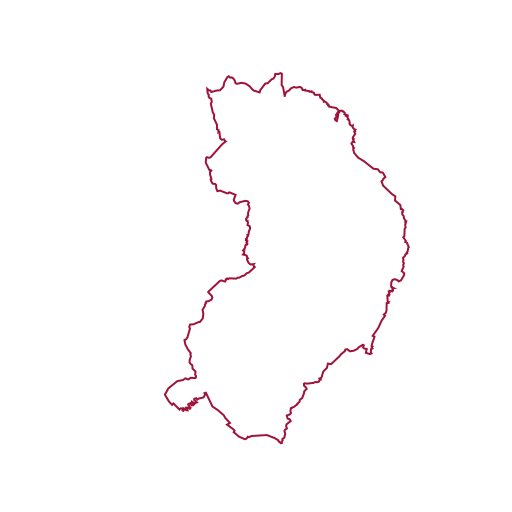 outline of Way Kanan, Lampung, Indonesia, rotated 139°
{"feature_id": "22746128B8708218473228", "entity_name": "Way Kanan", "entity_type": "district", "adm_level": 2, "iso_a3": "IDN", "parent_name": "Indonesia", "parent_adm1": "Lampung", "projection": "orthographic", "projection_center": [104.536, -4.573], "detail": "fine", "context": "isolated", "style": "outline", "palette": "rose", "viewbox_px": 512, "rotation_deg": 139, "n_neighbors": 0, "source": "geoboundaries", "source_scale": "gbopen_adm2", "svg_char_len": 6135}
<svg xmlns="http://www.w3.org/2000/svg" viewBox="0 0 512 512"><g transform="rotate(139 256 256)"><path d="M183.1,414.1L185.2,411.3L185.9,409.9L185.8,408.8L187.2,407.3L187.4,405.9L186.6,404.1L188.3,401.3L190.1,400.7L194.4,392.7L194.9,390.0L197.4,387.6L199.4,380.5L202.3,377.2L201.7,375.5L203.4,373.9L202.4,373.4L205.8,368.4L205.7,366.4L203.5,364.9L204.1,363.2L203.7,362.4L208.4,362.5L225.7,360.3L227.2,361.1L228.2,362.8L229.1,362.8L232.3,359.9L232.9,358.6L234.8,351.3L233.7,350.4L233.7,349.8L235.9,349.3L237.2,347.7L239.1,343.4L239.9,343.6L240.7,341.9L241.3,339.1L239.5,337.0L239.5,335.8L241.6,333.2L242.6,330.3L240.1,328.8L236.8,322.4L235.8,321.6L234.3,321.5L231.3,315.5L235.8,313.1L236.4,312.2L236.7,309.3L235.5,307.5L233.0,307.3L228.0,304.7L226.3,302.7L226.5,300.8L228.4,300.1L228.3,298.7L229.7,296.0L232.4,294.6L234.2,293.3L235.2,291.7L236.5,291.6L236.8,290.8L238.9,290.7L239.7,290.0L240.0,288.7L239.2,288.2L240.3,286.3L242.1,284.9L241.2,282.5L242.5,280.5L245.0,279.4L247.7,277.1L248.7,277.5L249.0,276.3L250.3,276.2L251.2,275.3L252.5,275.5L253.3,274.5L252.4,274.0L252.6,272.9L254.6,272.2L254.5,270.8L255.3,270.5L256.7,271.1L259.1,269.3L260.2,269.1L260.7,268.2L262.1,268.7L262.1,267.2L263.1,265.9L264.8,265.6L263.1,263.3L262.9,261.9L263.6,261.2L263.6,259.5L264.8,259.6L265.2,259.0L266.1,255.7L265.7,253.2L263.1,251.4L263.7,251.3L264.6,249.1L263.4,248.5L272.4,248.2L274.3,249.1L278.0,249.0L279.5,250.0L282.5,250.5L284.2,251.7L285.9,252.0L290.8,256.7L292.1,256.8L292.5,258.0L294.1,258.2L294.2,257.7L296.1,257.0L298.2,260.3L299.5,260.9L315.3,260.3L315.8,260.1L315.6,254.7L316.2,253.3L318.2,252.3L321.5,253.0L323.3,254.3L324.7,253.8L324.7,253.2L326.6,252.7L327.2,251.9L331.6,250.5L333.6,247.0L337.2,243.8L341.7,243.0L342.4,243.7L348.3,245.6L350.6,247.5L352.9,246.3L353.4,244.6L360.9,239.7L363.1,239.0L365.1,239.5L367.4,235.6L368.6,230.6L369.0,225.4L370.1,224.8L371.0,222.9L374.1,221.2L375.9,219.3L376.2,217.3L375.7,215.4L377.8,212.6L377.4,208.6L379.8,206.3L380.1,204.7L381.2,203.7L381.9,203.7L385.2,206.9L388.2,207.3L389.5,210.0L392.5,210.3L397.5,213.2L409.0,213.6L415.7,211.1L417.1,203.6L417.0,198.7L415.0,198.9L414.5,190.3L413.0,190.5L411.0,189.0L412.7,187.9L412.5,186.8L409.1,187.4L409.8,185.5L408.9,184.4L407.6,186.9L406.3,185.9L406.3,184.3L405.8,184.0L405.0,184.4L405.3,185.7L404.7,186.4L404.7,188.4L403.9,188.6L402.1,188.0L402.5,185.6L401.4,184.6L399.7,184.7L401.2,186.9L400.0,188.1L399.1,185.3L396.6,184.3L397.1,188.0L396.3,188.7L394.4,187.9L394.5,186.2L392.6,185.9L388.4,183.7L385.4,184.7L384.8,186.3L383.5,185.7L387.6,171.0L385.9,164.6L384.8,157.0L385.4,154.0L385.2,147.1L388.5,147.7L386.8,140.2L386.8,138.2L388.4,137.7L387.3,130.7L384.5,124.9L382.8,124.4L380.8,125.0L380.2,123.9L377.5,123.1L365.3,113.8L361.4,106.4L360.0,102.0L360.6,101.2L360.0,98.3L359.2,97.9L358.5,99.0L356.8,99.4L356.2,100.6L353.9,100.3L350.5,102.7L349.5,105.1L347.9,105.8L345.8,105.6L344.8,108.0L343.3,108.9L338.1,108.7L337.7,110.7L338.8,112.6L337.4,115.4L334.1,114.2L332.6,114.6L331.9,116.2L329.6,118.3L328.7,117.7L328.2,118.0L326.7,117.3L322.1,116.9L321.8,117.4L318.6,117.5L317.3,118.7L314.3,118.5L309.7,121.0L308.3,122.3L305.1,122.4L304.5,123.7L304.8,126.5L303.7,128.1L302.8,128.0L301.1,126.1L296.0,122.6L293.7,121.9L292.7,120.6L291.0,119.9L289.4,120.8L288.4,120.3L288.4,121.9L286.5,121.2L281.0,124.7L276.0,125.0L272.3,127.6L270.3,125.1L258.6,125.6L256.3,126.1L251.3,125.9L249.9,126.8L248.3,125.8L247.6,122.4L244.4,120.4L240.4,119.3L238.6,119.8L233.5,118.9L233.2,117.9L235.0,116.9L235.3,115.7L233.5,113.1L236.6,110.9L234.4,107.2L232.7,106.7L232.4,108.2L230.3,110.2L228.8,109.8L228.6,111.1L227.5,111.3L227.9,112.0L227.1,112.9L219.6,117.3L220.3,119.2L211.1,121.4L203.4,124.9L197.8,126.2L198.0,127.9L195.2,128.0L193.2,129.3L188.3,134.7L187.0,133.8L186.9,134.3L186.0,134.3L186.4,135.0L186.1,135.7L182.9,140.0L181.8,140.1L181.6,138.9L180.7,139.2L179.2,141.9L178.8,141.4L178.0,142.1L177.6,141.5L178.2,141.1L177.0,140.8L175.9,139.2L176.1,139.7L175.2,140.2L175.5,140.9L174.2,141.3L174.2,142.0L173.2,141.4L174.2,143.4L173.7,143.6L173.8,144.7L171.1,147.4L168.6,148.4L166.4,147.4L165.0,144.7L165.0,143.2L162.5,142.5L156.8,144.4L155.5,145.7L155.9,149.1L151.6,151.1L150.8,152.7L149.2,153.4L148.8,155.2L147.4,156.1L146.4,158.1L143.3,158.4L142.3,159.2L140.2,158.8L140.0,159.8L138.7,159.9L135.7,162.3L134.9,162.4L133.4,166.9L134.1,168.7L133.0,169.1L132.6,173.5L130.9,173.7L126.1,178.9L124.4,179.4L123.1,181.5L120.2,183.4L121.0,183.7L119.9,185.0L119.6,187.3L118.4,189.2L118.3,191.4L117.1,193.0L116.4,192.9L116.3,193.5L114.9,193.9L115.1,195.9L115.9,196.4L113.6,199.8L114.7,206.7L111.7,209.6L112.8,213.7L113.9,225.7L112.3,230.0L109.8,230.2L109.1,230.8L106.6,230.7L105.7,235.0L105.7,236.0L107.3,237.7L107.2,241.6L110.1,244.8L112.4,256.9L114.4,263.2L114.3,269.3L112.6,272.9L111.2,273.2L111.4,274.3L110.7,275.0L110.2,278.3L108.1,278.8L107.1,277.6L106.4,280.1L105.5,280.2L105.8,281.0L105.2,282.0L101.0,283.1L100.4,285.2L99.4,285.1L99.4,285.9L98.1,286.2L98.7,287.0L98.7,289.6L97.3,291.0L98.2,291.1L98.9,293.0L98.6,294.7L97.8,295.1L96.8,296.9L97.0,298.9L96.4,298.8L96.0,300.7L94.9,301.5L95.8,301.9L96.2,302.8L95.1,303.0L96.2,305.0L95.2,305.6L95.2,307.9L95.8,308.2L95.9,309.5L97.3,310.4L101.1,309.3L101.9,308.0L106.5,304.8L107.0,306.5L106.6,307.8L103.4,308.4L103.1,310.0L98.4,311.2L98.2,312.4L98.4,315.1L102.8,320.7L102.2,321.8L102.8,322.4L102.1,323.4L102.7,324.3L102.1,325.4L102.6,327.1L103.6,328.0L102.9,328.6L103.3,330.9L102.9,331.5L103.6,333.5L102.1,335.9L105.7,338.8L105.8,340.3L105.2,341.2L106.5,343.4L106.1,343.9L107.9,344.9L107.7,345.6L110.0,348.3L109.8,349.0L110.7,349.1L111.2,350.4L111.9,350.7L111.2,352.9L112.0,354.9L115.0,356.5L116.6,358.7L120.1,359.7L122.1,359.2L125.4,359.9L128.4,358.7L129.8,357.3L124.8,365.6L124.5,368.2L116.9,376.6L117.6,378.0L120.0,378.7L122.0,380.8L124.3,379.0L126.4,378.5L128.3,379.1L133.9,378.7L135.9,380.1L144.1,378.3L145.9,377.1L149.0,382.0L149.5,383.9L149.4,388.1L150.7,392.9L153.3,396.2L157.2,398.3L158.1,399.7L156.8,402.8L156.7,405.2L157.1,406.7L158.5,407.5L158.7,409.6L160.1,409.8L165.9,407.9L169.6,405.1L174.5,404.7L177.3,406.8L182.2,409.1L181.8,410.8L182.8,411.8L183.1,414.1Z" fill="none" stroke="#9f1239" stroke-width="2"/></g></svg>